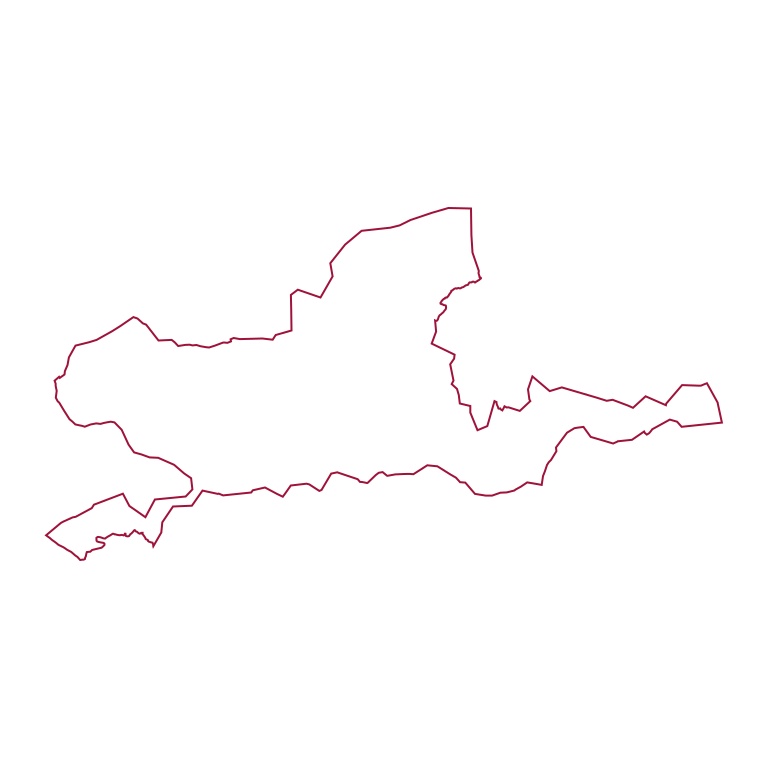 the district of Karasuwa, Yobe, Nigeria
{"feature_id": "59680162B67680561366569", "entity_name": "Karasuwa", "entity_type": "district", "adm_level": 2, "iso_a3": "NGA", "parent_name": "Nigeria", "parent_adm1": "Yobe", "projection": "albers", "projection_center": [10.749, 12.987], "detail": "fine", "context": "isolated", "style": "outline", "palette": "rose", "viewbox_px": 768, "rotation_deg": 0, "n_neighbors": 0, "source": "geoboundaries", "source_scale": "gbopen_adm2", "svg_char_len": 6011}
<svg xmlns="http://www.w3.org/2000/svg" viewBox="0 0 768 768"><path d="M46.1,535.3L50.2,538.3L51.7,539.7L55.9,542.7L58.4,544.8L63.7,547.4L67.3,549.9L71.3,552.0L75.3,555.5L77.4,556.9L80.2,560.0L82.1,559.7L83.6,559.7L85.0,558.9L85.1,557.7L85.8,556.4L86.3,553.9L86.8,552.1L88.1,551.9L90.3,551.7L92.1,550.0L94.0,549.5L96.1,549.0L98.6,548.4L101.6,547.7L103.3,546.2L104.5,544.9L104.4,543.5L103.6,542.9L101.2,542.5L98.4,541.9L97.2,541.5L96.5,540.6L96.5,539.5L96.4,538.5L96.4,537.9L97.0,537.4L97.6,537.0L98.3,536.9L100.5,537.3L101.5,537.6L102.6,538.1L103.8,538.4L104.6,538.5L105.2,538.5L106.2,537.7L107.4,536.9L108.6,536.2L109.8,535.6L110.7,535.0L111.7,534.4L112.5,533.9L113.0,533.7L113.5,533.8L114.0,534.0L114.4,534.3L115.5,534.3L116.4,534.7L117.6,534.9L118.5,535.1L119.4,535.2L120.3,535.2L121.2,534.9L121.9,535.0L122.7,535.1L123.5,535.4L124.2,535.2L124.5,534.6L124.7,534.0L125.0,533.6L125.5,533.7L125.6,534.2L125.5,534.9L125.5,535.5L125.8,535.9L126.3,536.1L127.0,536.3L128.2,536.3L129.1,536.0L129.7,535.1L130.1,534.6L130.4,534.1L131.1,533.7L131.6,533.3L132.1,532.7L132.7,532.2L133.1,531.6L133.6,531.0L134.0,530.5L134.5,530.1L134.8,530.1L135.5,531.1L136.0,531.5L136.7,531.6L137.4,532.1L138.2,532.9L139.0,533.4L139.8,533.7L140.4,533.4L141.0,533.0L141.6,532.8L142.1,532.8L142.6,532.8L142.6,533.2L142.3,533.6L142.3,534.0L142.9,534.5L143.7,535.5L144.5,536.7L145.1,537.5L145.4,538.2L145.6,538.9L146.1,539.3L146.6,539.4L147.3,539.8L148.0,540.3L148.2,541.2L148.8,541.6L149.8,541.9L150.6,542.3L151.4,542.4L152.5,542.7L152.8,543.5L153.1,544.4L153.6,545.2L153.3,545.5L153.2,545.9L153.3,546.3L161.3,532.5L162.3,522.3L173.0,506.5L191.9,505.7L202.5,490.6L217.9,493.9L218.7,493.6L223.1,495.4L251.2,492.5L252.8,490.3L265.0,487.5L276.8,493.8L282.8,496.7L285.6,492.9L290.8,485.5L306.5,483.7L309.3,484.4L319.3,490.9L321.5,490.0L331.2,473.6L337.3,472.3L338.0,472.6L357.7,479.2L360.0,481.9L362.1,482.0L367.0,483.0L367.6,482.9L375.7,475.1L378.7,472.8L382.6,472.1L387.0,475.7L387.5,475.8L395.2,474.4L404.2,474.0L409.4,473.9L413.4,474.2L427.3,465.3L437.4,466.3L450.3,474.4L456.0,477.7L460.1,482.2L465.3,482.6L475.0,493.9L485.7,495.6L492.1,495.6L500.4,492.7L506.8,492.4L514.4,490.5L515.5,489.6L520.8,486.7L527.2,482.4L535.6,483.8L541.7,484.9L543.0,476.1L544.9,471.3L547.0,465.0L548.7,462.3L550.8,460.2L551.0,460.0L556.4,451.2L556.0,447.5L567.0,432.7L574.4,428.2L577.3,427.7L583.5,426.9L584.1,427.8L590.7,436.9L603.0,440.5L613.1,443.5L617.4,441.6L617.7,441.3L632.0,439.8L644.1,431.5L644.8,432.9L646.8,434.6L649.0,433.3L650.5,431.6L651.9,429.8L652.2,429.3L669.8,419.6L677.1,421.7L677.3,421.9L681.6,426.8L721.9,422.6L717.7,403.2L717.7,402.7L706.9,383.2L701.3,385.5L700.9,385.7L699.6,385.7L682.1,385.1L666.2,403.6L665.9,405.2L645.6,396.3L633.0,407.8L627.8,405.5L612.6,399.8L606.7,400.8L600.0,398.7L597.2,397.8L561.8,387.4L552.7,390.2L549.7,391.1L532.4,376.4L528.0,389.4L529.4,399.5L530.3,401.1L519.8,410.9L508.4,407.3L506.7,407.5L504.5,406.3L503.3,408.8L502.3,410.4L500.9,409.5L500.6,409.1L500.3,408.7L500.2,408.5L499.3,408.7L498.7,408.6L498.4,408.5L498.3,408.3L498.2,407.6L497.9,406.8L497.0,404.9L496.4,402.7L496.5,402.1L494.5,401.1L487.3,426.1L477.5,430.2L470.3,412.6L470.3,406.0L459.8,403.5L458.8,395.1L457.0,388.9L451.7,384.1L453.5,380.6L450.2,364.3L454.1,358.7L454.6,354.7L431.7,343.6L436.1,331.6L435.1,320.5L435.7,320.8L436.6,320.8L437.0,320.6L437.4,320.1L437.8,319.6L438.1,318.8L438.4,317.8L438.7,316.8L439.1,316.1L439.4,315.6L439.7,315.2L440.3,314.9L441.1,314.2L441.8,313.5L442.3,313.1L443.3,312.3L443.9,311.4L444.4,310.7L445.1,309.9L445.6,309.4L445.9,308.6L446.1,307.6L446.0,306.9L446.0,306.1L445.7,305.5L445.1,305.3L444.5,305.2L443.8,305.1L443.3,304.9L442.7,304.4L442.4,304.2L442.0,304.2L441.5,304.2L441.0,303.9L440.6,303.7L440.5,303.3L440.5,302.8L441.0,302.1L441.4,301.6L441.7,300.9L442.3,300.4L442.7,299.8L443.4,299.3L443.7,298.9L444.9,298.5L445.1,297.9L445.5,297.7L446.0,297.5L446.3,297.4L446.8,297.6L447.3,297.2L447.8,296.6L448.2,296.0L448.7,295.6L448.9,295.1L449.0,294.7L449.3,294.3L449.7,293.8L450.1,293.2L450.5,292.8L450.8,292.3L451.1,291.9L451.2,291.4L451.2,291.0L451.5,290.7L452.3,290.5L452.6,290.1L453.0,289.8L453.6,289.4L454.0,289.0L454.5,288.8L455.0,288.5L455.6,288.3L456.1,288.3L456.7,288.6L457.3,288.4L458.2,288.0L458.8,288.1L459.4,288.3L460.0,288.4L460.7,288.2L461.2,287.9L461.7,287.5L462.7,287.3L463.6,286.9L464.1,286.5L464.7,286.1L465.4,285.6L465.9,285.3L466.6,285.2L467.5,284.9L468.2,284.6L468.4,284.0L468.8,283.3L469.2,282.7L469.6,282.4L470.4,282.4L471.2,282.4L471.8,282.3L472.1,281.9L472.6,281.7L473.7,281.7L474.4,282.1L474.9,282.5L475.4,282.4L475.9,281.9L476.5,281.4L477.4,281.1L478.0,280.5L478.8,280.1L479.3,279.8L480.5,278.7L480.9,278.5L481.0,278.1L480.6,277.6L480.1,277.3L479.6,277.3L479.4,276.8L479.5,276.2L479.1,275.2L478.7,273.9L478.5,273.0L478.7,272.1L478.8,270.9L472.5,252.6L471.4,235.0L471.0,208.5L448.4,208.0L431.6,212.9L410.5,220.0L399.6,225.4L390.3,227.7L361.6,230.8L345.1,244.6L330.3,263.2L332.6,276.4L320.5,297.5L297.8,289.7L290.9,294.9L291.2,309.0L291.5,330.5L275.7,335.0L272.7,339.7L262.4,338.5L239.9,339.1L233.7,338.0L230.6,339.3L231.0,341.4L227.5,342.8L225.9,342.7L224.3,342.5L223.0,342.6L215.0,345.6L209.1,347.5L206.1,347.2L200.3,346.2L196.5,345.0L192.4,345.4L189.7,344.7L185.3,344.9L178.2,346.0L174.6,342.2L171.7,339.9L158.5,340.5L146.1,324.6L142.9,323.4L137.6,318.6L136.6,318.2L133.4,317.1L120.4,326.0L112.3,331.1L96.6,339.9L89.2,342.2L82.8,343.8L75.5,345.6L68.9,357.4L67.5,365.1L64.9,371.1L64.5,374.5L59.8,377.9L59.1,376.8L54.6,380.7L55.6,383.5L55.7,386.1L56.7,390.9L55.8,397.7L57.7,401.3L59.2,402.6L64.2,410.9L69.5,419.2L72.4,421.6L75.3,424.4L78.3,425.1L81.9,425.8L84.8,426.7L87.6,425.6L90.5,424.5L93.6,423.9L96.2,423.4L100.5,423.9L103.7,423.0L107.1,422.3L110.8,421.7L114.5,422.4L121.7,429.8L128.6,444.7L134.1,452.4L141.3,454.4L149.6,457.4L158.2,457.8L174.1,464.8L184.1,473.4L191.1,478.2L192.4,489.4L185.7,496.5L154.9,499.5L145.4,517.2L129.4,506.0L122.9,493.7L93.9,504.7L91.8,508.1L75.7,516.8L72.6,517.4L63.1,521.7L60.8,523.0L46.1,535.3Z" fill="none" stroke="#9f1239" stroke-width="2"/></svg>